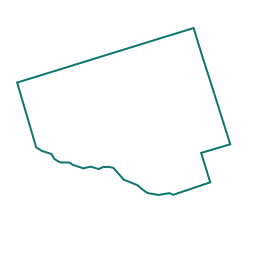 the district of Fulton, Illinois, United States of America, rotated 72°
{"feature_id": "52423323B45529880929650", "entity_name": "Fulton", "entity_type": "district", "adm_level": 2, "iso_a3": "USA", "parent_name": "United States of America", "parent_adm1": "Illinois", "projection": "albers", "projection_center": [-90.101, 40.449], "detail": "fine", "context": "isolated", "style": "outline", "palette": "teal", "viewbox_px": 256, "rotation_deg": 72, "n_neighbors": 0, "source": "geoboundaries", "source_scale": "gbopen_adm2", "svg_char_len": 523}
<svg xmlns="http://www.w3.org/2000/svg" viewBox="0 0 256 256"><g transform="rotate(72 128 128)"><path d="M52.7,65.3L51.0,188.7L50.5,219.4L118.1,221.3L123.1,217.0L129.2,208.7L134.6,207.7L139.7,203.3L142.8,194.3L145.7,192.2L152.6,182.9L153.1,175.7L158.0,168.5L157.4,163.9L159.2,157.9L161.4,154.2L175.8,148.0L185.3,136.7L191.6,132.8L195.9,129.5L201.1,119.7L202.1,112.9L202.9,108.4L205.5,105.7L205.1,66.6L174.3,66.1L175.1,35.8L114.1,35.3L83.6,35.2L53.2,34.7L52.7,65.3Z" fill="none" stroke="#0f766e" stroke-width="2"/></g></svg>